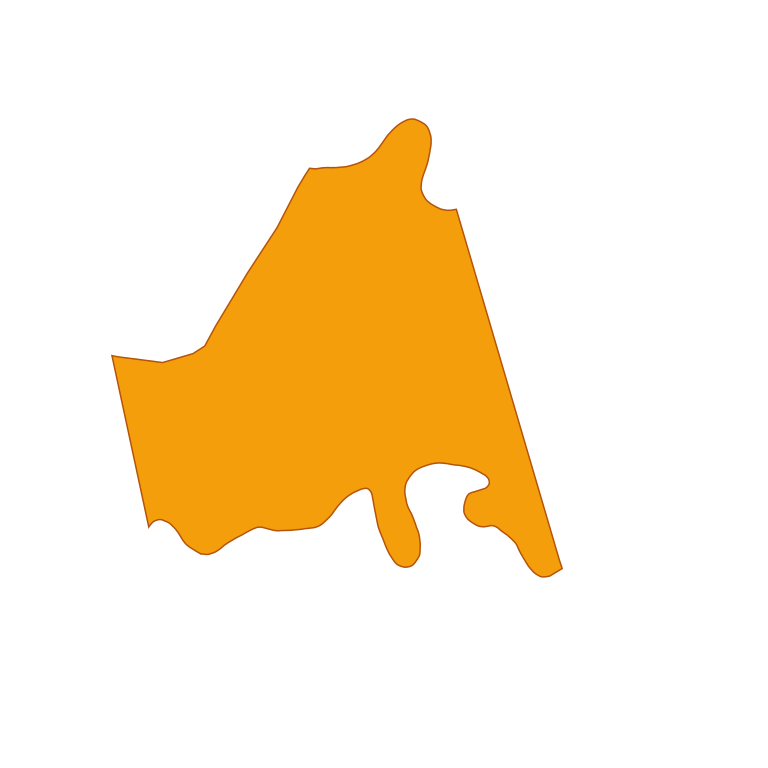 Morne Assau/Babonneau, Dauphin, Saint Lucia (Mercator projection), rotated 31°
{"feature_id": "8701671B48601442509190", "entity_name": "Morne Assau/Babonneau", "entity_type": "district", "adm_level": 2, "iso_a3": "LCA", "parent_name": "Saint Lucia", "parent_adm1": "Dauphin", "projection": "mercator", "projection_center": [-60.931, 13.991], "detail": "fine", "context": "isolated", "style": "filled", "palette": "amber", "viewbox_px": 768, "rotation_deg": 31, "n_neighbors": 0, "source": "geoboundaries", "source_scale": "gbopen_adm2", "svg_char_len": 6170}
<svg xmlns="http://www.w3.org/2000/svg" viewBox="0 0 768 768"><g transform="rotate(31 384 384)"><path d="M136.2,499.8L256.0,627.7L256.0,627.0L256.2,625.6L256.5,623.4L257.0,621.4L257.6,620.1L258.3,619.1L258.7,618.4L260.3,616.7L261.3,615.9L262.3,615.3L263.6,614.8L264.3,614.6L265.7,614.4L268.0,614.1L268.8,613.9L270.7,613.8L271.7,613.8L272.6,613.9L273.2,614.0L274.5,614.3L275.2,614.4L275.9,614.7L278.0,615.1L280.4,615.9L282.2,616.6L284.3,617.5L285.9,618.3L288.5,619.7L289.8,620.4L291.0,621.0L292.2,621.6L295.6,622.9L296.9,623.3L299.5,623.7L301.1,623.9L302.0,624.0L304.0,624.0L305.9,624.0L307.1,624.0L308.4,624.1L315.0,624.0L315.4,623.5L316.5,622.9L319.0,621.9L320.2,621.2L321.3,620.4L322.3,619.4L323.1,618.3L324.6,616.7L325.3,615.6L326.1,614.6L327.4,612.0L328.4,609.7L329.1,607.8L329.5,606.5L329.7,605.8L330.1,604.6L330.7,603.4L331.9,600.7L334.7,595.4L336.7,591.8L337.9,589.8L339.1,587.9L340.0,586.5L342.2,582.4L343.3,580.6L346.1,576.1L348.1,573.5L348.5,572.9L349.5,571.9L350.5,571.2L352.1,570.1L354.0,569.4L362.0,567.1L364.5,566.3L365.8,565.8L367.1,565.3L368.9,564.3L371.5,562.5L374.3,560.7L377.8,558.5L379.7,557.2L386.5,552.2L388.2,550.9L389.7,549.6L391.3,548.3L393.4,546.8L394.6,545.8L395.1,545.4L397.5,543.6L398.5,542.7L399.7,541.3L400.6,540.2L401.3,539.2L402.0,538.0L402.6,536.9L403.4,534.8L404.4,531.3L404.9,529.5L405.2,528.3L405.4,527.6L405.8,526.0L406.1,524.3L406.5,522.0L406.7,519.0L406.7,518.1L407.0,515.6L407.1,514.7L407.4,512.0L407.8,509.9L408.1,508.1L408.4,506.7L409.0,504.1L409.6,502.1L410.4,499.8L410.9,498.6L411.7,496.8L413.5,493.3L415.8,489.8L416.3,489.2L417.4,487.5L419.0,485.5L419.5,485.0L420.0,484.5L421.9,482.9L422.5,482.6L423.1,482.3L424.1,482.1L424.8,482.1L425.6,482.2L427.3,482.7L427.9,482.9L429.1,483.7L430.4,484.7L431.4,485.7L433.3,488.0L435.0,489.8L435.6,490.6L438.8,494.2L440.4,496.1L441.1,496.8L443.7,499.7L444.3,500.3L444.9,501.0L446.4,502.7L447.0,503.3L449.1,505.7L452.5,509.3L456.0,512.2L457.1,513.1L463.4,517.7L464.5,518.6L468.2,521.5L472.3,524.5L473.0,524.9L474.2,525.7L476.1,526.9L479.5,528.6L480.9,529.3L483.5,530.5L484.8,531.0L486.3,531.5L487.6,531.8L488.8,531.9L489.7,531.9L491.2,531.7L492.6,531.5L493.9,531.1L495.3,530.7L495.9,530.4L496.5,530.1L497.9,529.2L499.1,528.1L499.6,527.7L501.1,525.9L501.4,525.3L501.8,524.4L502.4,522.3L502.5,521.6L502.7,519.0L502.9,516.5L502.8,513.6L502.7,512.9L502.6,512.2L502.1,511.0L501.5,509.7L500.7,508.2L499.7,506.5L498.7,504.6L497.9,503.2L496.6,501.2L495.7,500.2L493.4,497.1L491.3,494.8L489.0,492.6L488.4,492.2L487.9,491.8L485.5,490.0L484.4,489.0L482.2,487.1L479.5,485.0L478.4,484.1L475.6,482.0L474.3,481.1L471.6,479.5L468.9,477.8L467.3,476.6L465.3,474.9L464.0,473.6L462.5,471.8L459.6,468.7L458.7,467.6L457.1,465.3L455.9,463.0L455.3,461.7L454.8,460.5L454.3,458.8L453.9,457.3L453.7,455.8L453.7,454.4L453.8,453.7L453.7,452.2L453.9,449.6L454.2,447.3L454.7,444.5L455.1,443.1L455.6,441.9L456.5,439.9L457.2,438.6L459.2,435.7L460.2,434.5L462.9,431.2L465.8,428.1L467.4,426.7L468.9,425.4L470.0,424.6L471.6,423.5L472.2,423.1L475.3,421.5L477.9,420.3L479.4,419.6L481.0,419.0L481.7,418.8L484.6,417.7L486.6,416.8L488.5,415.9L490.3,415.0L495.3,413.1L497.8,412.3L500.2,411.6L503.0,411.0L504.4,410.9L505.8,410.6L508.0,410.4L510.4,410.3L511.0,410.2L514.3,410.2L517.2,410.1L518.5,410.2L520.9,410.9L521.6,411.1L522.2,411.4L523.3,412.2L524.0,412.8L524.5,413.5L525.2,414.6L525.6,415.3L525.7,416.7L525.5,418.5L525.2,419.8L524.6,421.1L524.2,421.7L523.3,422.7L522.3,423.8L521.3,424.9L520.4,426.0L518.1,428.5L517.7,429.2L516.3,430.5L515.3,431.6L514.4,432.7L513.8,433.7L513.2,435.0L513.0,436.4L513.0,437.9L513.2,439.4L513.9,442.6L514.4,444.4L515.2,446.7L515.5,447.5L516.1,448.7L517.2,450.6L517.8,451.7L518.3,452.3L518.7,452.8L519.7,453.7L522.0,455.2L522.7,455.6L523.9,456.1L524.6,456.4L525.9,456.8L527.1,457.0L529.6,457.3L531.0,457.4L536.0,457.4L536.7,457.3L538.0,457.1L538.7,456.9L540.1,456.5L542.1,455.5L542.9,455.1L544.2,454.2L545.4,453.2L547.6,451.2L548.3,450.6L549.4,449.8L550.7,449.2L552.3,448.9L553.5,448.7L555.8,448.7L558.9,449.3L561.5,449.6L563.4,449.7L564.3,449.8L565.7,449.9L567.2,450.0L569.4,450.4L570.1,450.5L573.4,451.2L576.7,452.0L578.0,452.4L579.3,452.9L580.6,453.6L582.5,454.8L583.5,455.6L586.5,457.6L588.2,458.6L589.2,459.2L590.5,459.9L594.1,461.9L595.2,462.4L598.1,464.0L601.1,465.5L602.8,466.2L606.8,467.5L607.7,467.8L608.4,468.0L609.2,468.2L611.2,468.5L612.0,468.6L614.4,468.6L616.4,468.5L617.7,468.3L618.4,468.1L619.5,467.5L620.8,466.7L622.6,465.4L624.5,463.7L625.0,463.2L631.8,450.4L624.8,444.4L356.0,197.0L355.2,197.7L352.7,199.9L351.5,200.9L349.6,202.0L349.1,202.4L347.5,203.1L345.6,203.8L344.0,204.4L342.2,204.9L340.3,205.1L339.7,205.1L338.1,205.3L337.3,205.4L336.6,205.4L332.0,205.5L329.2,205.2L328.4,205.0L327.2,204.9L325.7,204.5L324.5,204.1L322.4,203.0L321.5,202.5L320.0,201.6L319.3,201.1L317.4,199.7L316.8,199.1L316.1,198.5L315.2,197.5L314.9,197.0L314.5,196.4L314.2,195.7L313.8,195.0L312.7,192.8L312.2,191.7L311.2,189.0L310.6,186.7L309.8,183.2L308.8,178.0L308.2,175.5L308.1,174.8L307.4,172.1L307.0,170.8L306.8,170.0L305.6,166.6L304.9,164.7L304.1,162.3L303.2,160.2L302.0,156.9L301.0,154.7L300.3,153.3L298.1,149.6L297.5,148.8L296.1,147.1L295.5,146.6L292.5,143.9L291.4,143.1L290.4,142.4L289.5,141.9L288.6,141.4L287.8,141.1L286.5,140.6L284.6,140.3L283.7,140.3L283.0,140.3L281.6,140.3L279.7,140.4L278.8,140.4L278.1,140.6L276.7,140.7L275.4,141.0L274.7,141.0L273.5,141.4L272.4,142.0L271.1,142.7L269.5,144.0L268.8,144.6L268.0,145.5L267.0,146.8L266.3,147.9L264.5,150.9L263.2,153.6L262.4,155.6L261.5,158.3L260.8,160.8L260.6,161.4L259.3,167.6L259.0,169.5L258.9,170.4L258.6,175.0L258.5,176.0L258.4,178.3L258.1,181.1L258.1,182.4L257.9,184.1L257.4,187.2L257.3,188.1L256.4,191.7L255.9,193.3L254.8,196.7L253.9,198.7L252.5,201.3L251.2,203.6L249.1,206.7L247.1,209.4L245.4,211.2L243.8,213.0L242.1,214.8L240.7,216.2L240.2,216.7L238.4,218.2L237.7,218.6L236.2,219.8L234.8,220.7L233.0,222.1L230.8,223.6L226.6,226.2L224.2,227.5L221.8,229.1L219.0,231.1L217.2,232.7L216.6,233.1L214.6,234.8L213.4,235.4L211.3,236.4L210.7,236.7L209.1,237.4L208.8,245.7L208.8,259.5L211.8,305.0L209.8,359.0L209.8,421.5L210.8,443.7L204.6,456.4L183.1,479.7L142.0,497.7L136.2,499.8Z" fill="#f59e0b" stroke="#b45309" stroke-width="1.5"/></g></svg>